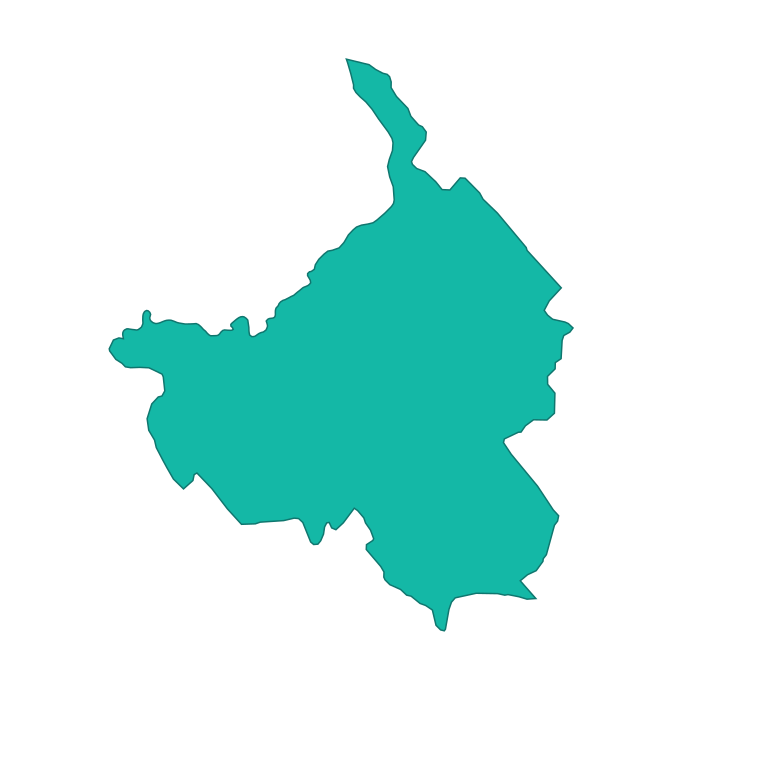 outline of Santa Catarina Mita, Jutiapa, Guatemala, rotated 316°
{"feature_id": "79465075B98787750844284", "entity_name": "Santa Catarina Mita", "entity_type": "district", "adm_level": 2, "iso_a3": "GTM", "parent_name": "Guatemala", "parent_adm1": "Jutiapa", "projection": "equal_earth", "projection_center": [-89.779, 14.442], "detail": "fine", "context": "isolated", "style": "filled", "palette": "teal", "viewbox_px": 768, "rotation_deg": 316, "n_neighbors": 0, "source": "geoboundaries", "source_scale": "gbopen_adm2", "svg_char_len": 4023}
<svg xmlns="http://www.w3.org/2000/svg" viewBox="0 0 768 768"><g transform="rotate(316 384 384)"><path d="M582.6,124.2L581.0,127.6L575.8,137.5L569.9,147.7L567.5,150.1L566.3,154.9L566.3,161.0L566.9,168.4L566.3,178.1L564.2,189.7L562.1,205.5L560.3,213.0L558.0,216.8L552.2,222.0L543.9,226.1L537.6,230.1L532.0,238.9L527.7,248.5L519.2,258.7L516.3,260.7L512.8,261.5L503.1,261.7L492.4,261.1L488.1,260.4L483.6,257.8L478.2,254.1L473.3,252.0L469.2,251.7L462.1,252.0L453.5,254.4L446.2,254.9L439.7,251.9L435.9,249.4L431.2,248.9L423.8,249.0L417.5,250.5L413.5,253.1L409.9,252.5L408.3,251.5L405.8,251.5L404.3,253.0L403.5,256.4L403.0,258.2L401.5,260.3L399.7,260.5L398.0,260.4L395.9,259.7L393.5,258.7L392.4,258.4L388.1,258.1L385.5,257.8L380.6,257.5L379.2,257.0L377.8,256.5L376.2,256.1L374.5,255.6L373.3,255.2L371.5,254.7L369.3,253.6L368.2,253.4L366.8,253.1L365.4,253.2L364.3,253.3L362.3,254.2L359.1,254.4L357.8,255.1L356.7,255.9L355.4,257.2L353.9,258.8L352.3,259.8L350.8,259.8L349.4,259.1L348.3,258.2L346.9,257.2L345.3,256.7L343.0,256.9L342.1,258.8L340.9,260.9L339.8,261.9L336.7,263.2L333.4,262.8L331.3,261.6L329.4,260.9L327.4,260.5L325.9,260.3L324.6,260.1L323.4,259.5L321.8,258.1L321.4,255.4L322.8,253.2L323.9,251.8L326.1,249.4L330.4,243.4L330.5,241.1L330.0,238.6L329.2,237.4L327.7,236.2L325.9,235.5L323.8,235.1L321.9,234.9L316.8,234.6L315.3,234.7L314.1,236.0L314.2,238.1L313.5,240.0L311.9,239.6L310.7,238.6L308.7,236.5L306.9,234.4L305.3,233.5L303.7,233.4L302.5,233.4L300.6,233.8L298.7,233.7L297.2,232.9L295.2,231.1L292.8,228.9L292.3,227.4L292.1,224.9L292.3,222.0L292.0,219.3L292.1,216.8L292.1,215.2L291.8,212.3L290.8,210.0L288.7,208.3L285.9,205.8L282.6,202.7L278.9,197.7L277.8,195.9L277.2,194.5L276.5,192.9L275.1,190.2L274.1,189.1L273.0,188.1L271.7,187.1L270.2,186.3L267.9,185.3L265.5,184.4L263.8,183.5L262.5,182.6L261.5,181.6L260.4,179.3L260.1,176.6L260.5,175.0L261.5,173.6L264.5,171.8L265.3,169.8L265.2,167.6L264.4,166.3L262.8,165.7L261.6,165.7L259.5,166.4L257.8,167.6L255.1,170.2L253.4,172.2L252.5,173.1L250.8,173.9L249.0,174.6L247.6,174.5L244.8,174.1L243.4,173.2L242.2,171.6L241.1,170.3L240.0,168.9L239.0,167.6L238.2,166.5L237.2,165.6L234.9,164.9L233.2,165.0L231.6,165.8L230.3,167.0L228.0,170.4L225.3,166.7L219.9,164.4L210.8,167.8L209.6,169.7L208.2,180.1L209.9,187.0L209.9,192.0L213.1,196.3L219.8,202.3L226.2,209.1L231.2,222.7L230.2,225.5L221.5,236.7L215.9,238.4L212.6,236.5L203.1,237.0L189.5,244.4L182.6,253.9L180.0,264.9L176.0,271.6L171.8,285.8L169.7,293.4L166.5,306.1L166.9,320.2L179.5,320.7L184.5,317.3L187.6,318.1L187.5,339.6L184.6,365.1L184.0,385.9L194.3,395.2L199.0,397.4L217.0,412.6L226.2,418.1L229.1,421.5L229.4,427.2L221.5,446.7L221.9,450.6L225.2,453.3L229.6,452.8L236.2,450.0L241.9,445.6L246.3,444.1L248.4,445.5L246.4,451.2L248.2,455.4L258.3,455.6L276.3,452.7L277.1,456.7L276.5,466.3L274.2,471.1L272.8,479.7L269.1,488.1L267.3,488.8L259.8,487.4L256.3,490.7L254.9,513.0L253.4,519.2L249.7,522.8L248.7,525.6L248.8,532.4L253.2,543.3L253.6,551.6L256.1,555.4L257.5,566.9L260.1,572.2L261.8,580.2L253.8,593.7L253.9,600.2L255.9,603.4L257.8,603.1L274.1,591.3L281.0,587.8L286.7,587.3L305.0,598.6L320.2,613.8L324.2,619.8L326.9,621.6L333.3,630.8L337.4,638.1L344.2,643.8L345.3,620.2L354.8,620.9L363.8,624.0L375.1,622.0L377.2,620.3L382.2,619.6L408.5,604.0L413.6,603.2L418.1,600.1L418.3,592.1L423.5,564.2L426.7,522.9L429.2,509.2L432.4,507.1L447.1,512.0L449.2,513.8L456.7,512.3L466.7,513.6L476.2,523.1L486.3,523.4L500.6,509.3L501.5,497.9L506.9,492.1L517.6,492.0L522.1,487.6L529.0,488.8L542.4,476.4L547.0,474.0L553.7,475.8L558.9,475.0L558.6,468.6L557.2,465.1L550.3,454.6L549.5,448.1L550.4,442.3L560.6,439.0L578.3,438.0L579.7,387.3L581.1,384.6L584.3,339.9L583.6,319.9L585.5,313.1L585.3,292.3L582.0,288.7L566.2,290.2L560.8,284.5L561.7,274.7L561.0,259.8L557.2,251.7L557.0,245.8L558.3,243.1L562.6,241.5L583.2,237.5L589.4,232.1L590.3,225.6L588.8,221.7L589.3,210.1L592.6,202.4L592.7,185.8L595.0,175.7L599.0,171.7L601.5,166.8L601.4,163.5L599.0,159.6L596.5,152.0L595.1,144.0L582.6,124.2Z" fill="#14b8a6" stroke="#0f766e" stroke-width="1.5"/></g></svg>